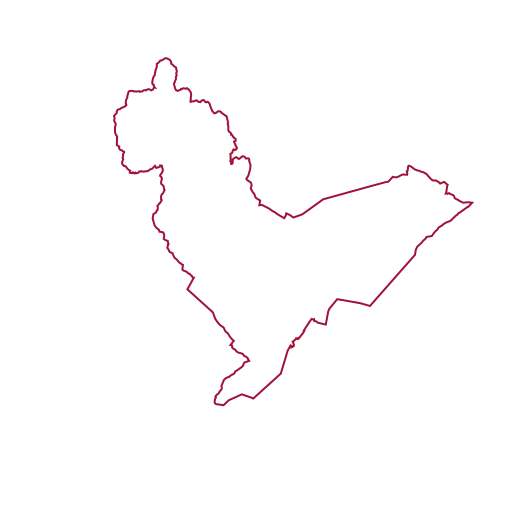 the district of Piura, Piura, Peru, rotated 291°
{"feature_id": "86281439B64681536728505", "entity_name": "Piura", "entity_type": "district", "adm_level": 2, "iso_a3": "PER", "parent_name": "Peru", "parent_adm1": "Piura", "projection": "albers", "projection_center": [-80.324, -5.19], "detail": "fine", "context": "isolated", "style": "outline", "palette": "rose", "viewbox_px": 512, "rotation_deg": 291, "n_neighbors": 0, "source": "geoboundaries", "source_scale": "gbopen_adm2", "svg_char_len": 6086}
<svg xmlns="http://www.w3.org/2000/svg" viewBox="0 0 512 512"><g transform="rotate(291 256 256)"><path d="M344.4,76.4L343.3,74.7L342.8,74.5L341.3,74.1L339.5,74.7L336.2,73.3L335.5,73.4L334.9,74.1L333.7,74.7L331.8,74.9L331.0,75.5L329.7,77.2L328.7,77.9L326.1,78.1L325.0,78.6L323.6,78.9L322.8,79.4L320.9,80.1L319.1,81.7L317.8,83.5L309.7,86.3L309.1,89.2L307.7,89.4L306.8,90.4L306.5,91.1L306.5,92.8L306.2,93.6L306.1,95.4L305.4,95.8L303.5,95.4L301.1,96.2L299.6,96.3L298.7,97.4L295.7,97.3L294.1,98.0L292.7,100.5L293.1,102.0L291.1,105.3L290.4,108.1L288.6,108.2L288.8,110.5L289.3,110.7L289.4,111.4L289.8,111.0L290.0,111.1L289.7,113.1L290.6,113.5L290.3,114.4L291.0,115.7L291.8,116.4L293.1,116.7L293.5,118.2L294.2,118.7L294.3,120.6L295.0,121.5L295.1,122.2L296.2,123.7L296.2,124.1L297.3,125.2L298.7,125.9L300.3,127.8L304.0,129.4L302.5,131.4L304.8,134.1L306.1,134.1L306.0,134.5L306.5,135.1L306.4,135.9L305.5,135.9L305.2,136.6L304.3,137.4L302.1,138.5L299.2,138.2L297.7,137.6L296.4,137.8L296.0,138.9L294.9,140.3L290.7,141.0L289.6,141.5L289.2,142.0L288.5,144.0L288.0,144.7L285.5,146.3L284.7,147.1L283.2,146.7L281.8,146.9L279.6,145.9L277.8,146.0L275.1,146.9L274.6,147.9L274.3,148.0L271.1,147.4L270.0,146.7L268.5,146.5L267.6,146.0L265.7,147.1L263.8,147.6L262.3,146.9L261.4,147.2L260.9,147.1L258.3,145.2L253.9,146.1L248.5,150.2L246.9,152.3L245.5,156.2L244.1,157.2L244.5,158.7L244.5,159.7L244.8,160.3L244.5,161.2L243.3,162.4L241.6,163.3L240.0,163.4L238.9,163.7L238.4,165.9L238.4,168.3L236.4,169.4L235.9,170.1L234.9,169.6L233.7,170.2L231.8,170.2L230.9,171.8L228.9,173.8L228.6,177.3L227.1,178.4L225.1,180.7L224.5,182.8L222.3,186.9L222.2,188.4L221.7,189.2L221.5,191.0L216.9,192.1L216.3,194.3L216.5,196.5L215.5,199.0L215.6,200.6L215.0,201.4L214.1,203.8L213.5,204.2L213.1,205.0L213.4,205.7L200.3,203.9L187.9,236.0L182.6,240.6L180.1,244.4L178.8,246.8L177.6,251.4L174.7,254.4L173.7,257.4L171.2,260.7L169.5,263.8L168.8,265.7L163.8,264.1L164.0,264.9L163.8,265.8L162.3,266.4L161.7,267.1L161.2,268.6L161.2,269.9L160.2,271.5L159.5,273.4L159.9,278.7L158.5,280.7L158.4,283.0L157.5,285.1L156.7,285.6L155.6,287.2L152.5,283.4L151.0,283.1L149.5,283.3L147.8,282.8L142.4,279.3L140.9,278.0L138.4,277.8L135.2,275.0L133.5,274.3L132.8,273.2L131.2,271.7L129.0,270.5L122.9,270.3L122.1,270.4L120.3,271.5L119.0,271.6L116.9,270.7L114.0,270.3L113.2,269.6L110.6,268.4L109.5,269.3L108.2,269.0L105.2,269.5L103.9,270.4L103.4,271.8L105.1,279.2L111.6,282.3L121.8,292.4L122.1,302.9L121.9,304.5L155.1,321.3L178.8,319.5L184.9,320.3L184.5,322.0L183.6,322.1L184.0,322.6L184.7,322.8L185.7,323.6L187.0,323.0L187.4,322.3L188.9,321.7L189.1,321.0L192.4,322.8L193.6,323.0L193.3,324.4L194.5,324.8L194.2,325.4L201.2,327.6L203.4,327.9L203.4,327.4L204.8,327.6L214.4,329.7L217.2,330.5L217.2,332.2L217.8,332.9L216.3,333.5L216.5,335.6L215.9,337.8L217.0,345.7L230.1,343.3L233.1,343.4L244.8,347.3L249.3,370.2L250.2,380.3L314.0,404.0L319.0,403.0L322.5,403.2L326.6,405.3L330.4,406.7L333.0,408.1L334.7,408.3L335.4,409.1L337.2,412.3L337.9,413.1L340.8,413.7L344.2,415.0L345.7,415.9L347.5,416.1L348.5,416.6L350.9,418.5L353.8,420.2L356.2,422.3L357.6,424.1L359.2,425.3L365.3,428.1L366.6,429.1L368.6,429.7L369.9,430.9L377.3,435.7L378.1,436.6L383.2,438.7L382.3,435.1L380.1,430.4L380.0,428.8L380.4,426.9L380.4,425.4L380.9,424.5L380.8,423.3L381.2,420.9L382.9,419.4L383.5,418.1L383.5,415.0L383.9,413.9L383.5,413.2L382.7,412.7L382.8,411.6L382.3,410.8L383.9,410.8L389.6,409.4L391.0,409.5L392.6,405.3L391.3,403.6L389.6,402.0L390.4,400.4L391.0,396.8L390.4,395.6L389.9,393.8L390.6,391.6L393.8,385.4L393.7,384.7L394.2,382.3L393.8,379.6L394.1,378.0L393.7,375.8L393.8,373.0L395.0,369.1L395.1,366.4L394.2,365.9L390.4,366.9L389.6,366.9L389.1,366.4L387.3,367.7L386.0,367.9L384.6,363.6L380.0,359.4L378.8,355.9L378.9,355.3L372.8,352.9L371.1,350.1L361.9,337.5L333.0,298.4L311.6,284.4L305.3,277.1L306.4,272.9L306.7,269.0L304.5,269.3L301.4,268.8L302.6,261.5L303.6,257.9L303.9,255.2L305.0,251.1L305.8,243.3L304.6,240.9L309.3,240.0L310.1,235.4L311.2,233.9L313.3,232.2L314.6,229.8L315.8,228.6L316.4,227.6L317.6,226.7L320.1,226.7L322.1,225.5L322.8,224.5L323.9,220.2L324.6,219.3L328.2,220.0L334.5,219.5L337.0,218.9L339.1,218.2L342.3,215.5L343.1,215.5L344.3,214.5L344.4,213.8L343.4,211.7L344.4,210.0L344.6,208.8L344.4,207.9L342.4,206.4L341.8,206.3L340.6,205.5L340.5,204.5L341.2,202.4L341.0,201.9L339.7,200.7L337.9,199.7L334.2,200.9L333.2,200.4L333.1,199.7L335.3,198.9L335.4,198.0L336.8,197.9L342.3,195.5L343.2,196.5L344.2,196.8L346.1,196.6L347.5,196.9L347.3,198.1L347.7,198.2L348.0,199.0L349.6,199.6L350.7,199.0L351.5,197.6L352.8,196.7L353.2,196.0L355.0,194.5L356.2,195.7L358.0,195.0L358.6,192.5L359.2,192.2L359.4,191.5L360.5,190.2L360.3,189.3L361.2,188.9L362.0,188.1L362.5,186.1L363.6,185.0L367.6,183.5L369.1,182.2L370.2,182.3L370.9,181.9L376.1,178.3L376.0,177.5L377.0,174.1L377.1,172.8L377.8,172.1L378.1,170.3L377.4,168.6L376.2,168.0L374.8,166.9L374.3,165.8L375.8,163.1L378.9,160.1L381.4,158.2L382.1,157.1L382.7,155.6L381.7,154.6L381.6,153.5L382.9,151.3L381.9,149.7L379.7,148.9L379.3,147.0L380.1,144.8L378.7,143.0L378.0,142.4L377.3,140.7L376.5,139.7L377.4,139.2L379.0,139.0L380.0,138.4L382.5,138.0L385.4,136.5L387.3,133.6L387.9,131.8L387.8,131.2L387.2,130.9L386.5,127.8L385.6,127.3L385.1,126.1L384.2,126.1L383.1,124.6L382.1,123.8L382.1,122.2L382.9,120.9L387.0,117.8L387.8,117.6L389.1,117.9L390.5,117.7L392.5,117.9L394.4,117.0L396.1,117.3L397.7,116.1L399.5,116.0L401.2,115.3L401.9,114.5L403.3,113.9L403.9,111.2L404.8,109.4L405.1,108.0L406.6,107.3L407.5,106.5L408.4,104.5L408.6,101.6L407.9,100.2L404.9,98.0L404.1,96.5L402.3,96.1L399.7,94.5L398.9,95.0L397.9,95.2L396.7,95.7L393.2,95.6L392.0,96.1L391.1,96.0L388.6,96.7L387.2,96.2L384.6,96.2L380.9,96.9L379.5,97.7L379.2,99.2L377.9,99.6L377.0,101.2L376.9,100.7L376.4,100.4L374.6,100.2L373.1,98.9L373.4,97.3L373.3,96.3L372.7,94.9L371.1,93.9L371.1,92.9L370.4,91.7L368.7,90.7L368.4,89.6L367.7,88.8L368.0,87.8L366.7,85.6L366.6,84.6L365.9,83.5L366.0,81.9L364.9,79.0L363.7,78.2L359.0,78.6L357.6,79.1L355.1,78.8L352.7,79.3L351.9,79.9L351.1,80.0L350.5,80.9L349.4,80.5L348.1,79.6L345.9,77.2L344.4,76.4Z" fill="none" stroke="#9f1239" stroke-width="2"/></g></svg>